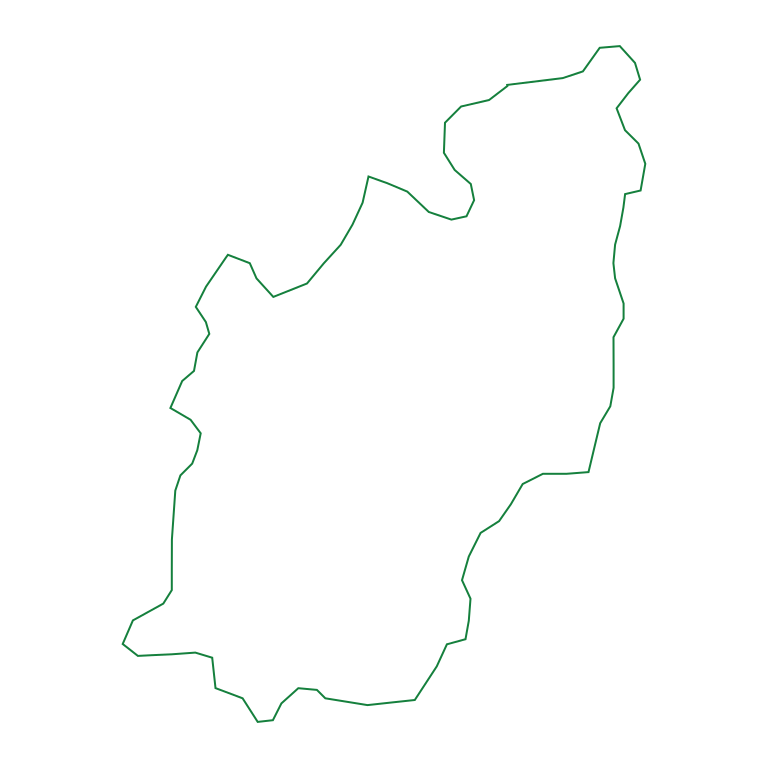 Hwasun-gun, South Jeolla, South Korea (Albers equal-area conic projection)
{"feature_id": "91817680B60872934813823", "entity_name": "Hwasun-gun", "entity_type": "district", "adm_level": 2, "iso_a3": "KOR", "parent_name": "South Korea", "parent_adm1": "South Jeolla", "projection": "albers", "projection_center": [127.037, 35.018], "detail": "fine", "context": "isolated", "style": "outline", "palette": "green", "viewbox_px": 768, "rotation_deg": 0, "n_neighbors": 0, "source": "geoboundaries", "source_scale": "gbopen_adm2", "svg_char_len": 1378}
<svg xmlns="http://www.w3.org/2000/svg" viewBox="0 0 768 768"><path d="M368.5,176.5L362.6,202.7L352.5,224.6L340.7,244.8L323.8,263.3L307.0,283.5L273.3,296.9L256.5,278.4L249.8,263.2L227.9,254.8L225.9,257.6L206.2,286.4L206.0,286.7L195.8,306.9L205.9,322.1L209.3,333.9L197.4,352.4L194.0,370.9L182.2,381.0L170.4,408.0L190.6,419.8L200.7,433.3L197.3,450.2L192.2,463.6L180.4,475.4L175.3,490.6L171.9,539.5L171.8,569.9L171.8,590.1L163.3,603.6L148.1,612.0L132.9,620.4L122.7,644.0L137.9,655.9L151.7,655.2L171.7,654.3L195.3,652.6L212.2,657.7L215.5,688.1L242.6,698.3L257.7,721.9L272.9,720.2L281.4,703.4L298.3,688.2L316.9,689.9L325.3,698.3L367.5,705.1L391.4,702.5L414.8,700.0L436.8,666.3L446.9,644.3L465.5,639.2L468.8,620.7L470.5,598.7L462.0,580.2L468.8,556.5L480.6,532.9L499.1,521.1L510.9,504.2L522.7,484.0L542.9,473.8L566.5,473.8L588.5,472.1L595.4,443.2L600.2,423.2L610.3,406.3L613.6,387.8L613.6,365.9L613.5,337.2L623.6,318.7L623.6,303.5L615.1,278.3L613.4,263.1L615.1,244.6L620.1,226.1L623.4,207.6L625.1,194.1L640.6,190.5L645.3,163.8L638.5,143.6L625.0,130.2L616.6,108.3L628.3,93.1L640.1,79.7L635.0,62.9L619.8,46.1L599.7,47.8L582.9,71.4L562.7,78.1L507.2,84.9L507.4,86.0L489.1,100.0L461.1,106.5L445.0,122.7L443.9,152.8L454.7,170.0L470.8,184.0L474.1,200.2L466.5,216.3L451.4,219.6L428.8,212.0L407.3,191.6L386.8,183.0L383.6,181.9L368.5,176.5Z" fill="none" stroke="#15803d" stroke-width="2"/></svg>